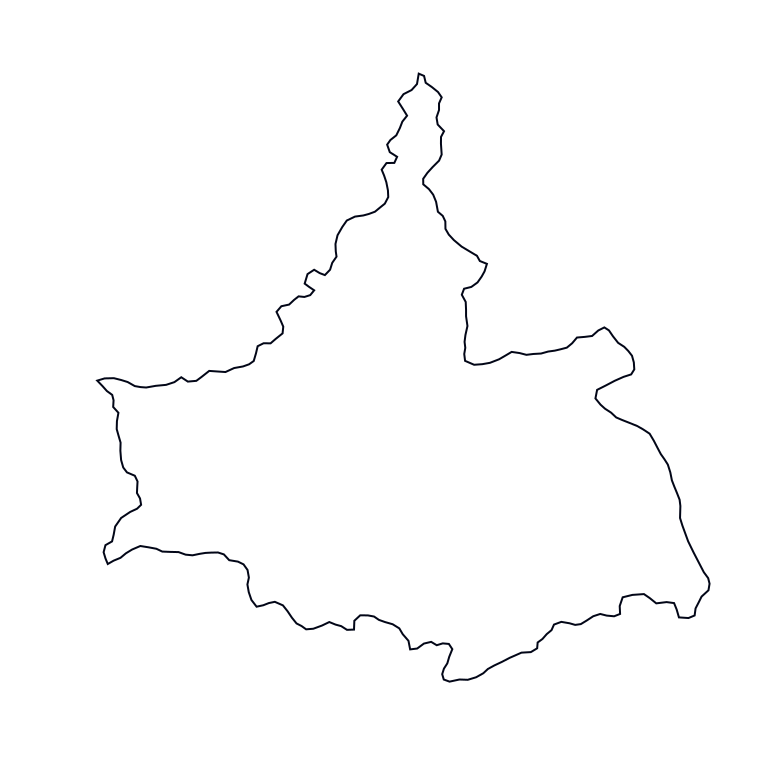 outline of Sete Lagoas, Minas Gerais, Brazil, rotated 83°
{"feature_id": "56859067B67283599101472", "entity_name": "Sete Lagoas", "entity_type": "district", "adm_level": 2, "iso_a3": "BRA", "parent_name": "Brazil", "parent_adm1": "Minas Gerais", "projection": "orthographic", "projection_center": [-44.272, -19.446], "detail": "fine", "context": "isolated", "style": "outline", "palette": "ink", "viewbox_px": 768, "rotation_deg": 83, "n_neighbors": 0, "source": "geoboundaries", "source_scale": "gbopen_adm2", "svg_char_len": 4087}
<svg xmlns="http://www.w3.org/2000/svg" viewBox="0 0 768 768"><g transform="rotate(83 384 384)"><path d="M424.1,175.9L415.8,173.2L412.5,164.0L408.9,154.5L406.1,145.3L404.6,137.5L400.0,133.8L393.0,133.4L386.2,134.4L381.0,137.5L376.4,141.0L371.7,146.6L364.6,150.9L358.2,154.2L354.7,158.4L357.0,164.8L361.7,171.6L361.7,179.0L361.4,186.8L366.5,192.3L370.2,198.1L371.1,204.8L371.7,210.4L371.8,217.1L372.9,224.4L372.4,232.1L372.4,239.1L369.8,245.7L367.7,253.4L370.3,259.3L373.5,266.8L375.9,276.3L376.3,284.1L375.9,292.2L370.9,300.7L364.0,300.7L358.0,298.9L352.0,298.9L345.3,297.2L336.6,294.1L326.8,294.3L320.2,293.5L312.5,292.9L304.9,295.9L299.2,292.9L298.3,285.5L294.6,278.8L289.3,274.0L284.5,270.5L277.3,267.2L273.6,273.9L268.1,276.1L263.2,282.4L257.1,290.2L249.7,297.1L243.6,301.5L237.5,304.1L230.1,303.3L224.3,305.2L219.6,309.5L209.5,310.1L202.1,312.1L196.1,315.6L190.6,320.7L185.1,320.1L179.7,315.2L174.7,309.4L169.0,302.1L163.3,298.8L158.0,298.5L152.5,298.2L145.7,297.3L140.4,293.6L133.0,299.1L125.8,299.4L118.8,296.0L112.2,295.2L106.5,291.8L100.8,294.8L95.3,300.1L90.1,305.9L83.1,306.7L80.2,311.7L90.3,314.7L95.6,320.8L98.7,329.3L105.3,335.5L113.7,331.5L120.5,328.4L125.8,333.8L131.8,337.0L138.7,341.5L142.6,347.9L146.8,351.7L154.6,350.0L160.1,343.3L165.8,346.8L165.0,354.6L171.0,360.2L177.1,358.5L184.0,357.1L192.3,356.5L199.0,357.0L205.1,361.2L208.4,366.5L211.9,372.0L213.4,378.4L214.2,384.0L214.3,392.4L217.2,401.0L223.0,406.2L230.7,412.0L239.1,415.1L246.5,415.7L251.8,415.6L257.4,420.6L264.0,423.6L268.7,429.4L266.1,434.3L262.1,439.4L265.6,446.5L274.7,450.5L278.5,446.5L282.5,441.9L286.8,446.4L287.9,452.4L286.6,458.1L289.5,462.9L293.6,468.5L294.3,476.4L299.3,481.9L308.3,478.9L314.8,477.0L321.4,478.5L326.1,486.1L329.8,491.6L328.9,498.6L331.1,504.8L337.9,507.3L345.3,510.5L348.0,515.5L349.4,521.8L349.9,530.8L352.8,539.9L351.1,548.7L349.7,555.9L354.8,564.3L358.0,569.9L357.7,578.4L352.6,584.4L356.6,591.8L358.3,600.4L358.0,610.7L358.5,620.5L357.4,626.0L355.7,631.6L350.8,638.2L348.0,644.4L345.3,651.4L344.4,660.6L345.7,668.2L351.7,663.7L357.2,659.9L361.7,655.1L367.2,654.4L373.8,655.6L380.2,651.1L388.3,653.6L396.2,654.8L402.8,653.8L410.1,652.6L418.1,653.8L427.4,654.2L435.1,653.0L440.4,649.9L444.7,642.5L450.7,640.5L456.2,641.5L462.1,642.5L467.9,640.1L474.3,639.8L477.7,644.3L480.0,651.4L484.9,661.2L492.7,668.2L500.7,670.7L507.1,673.1L510.0,680.1L516.8,682.8L523.2,681.7L529.0,680.1L526.4,673.9L524.4,666.7L520.6,660.8L517.6,654.2L515.1,645.6L517.4,637.6L519.8,630.0L523.3,624.5L524.6,616.6L525.8,608.4L529.2,601.7L530.7,594.9L530.1,587.5L529.9,581.8L530.3,576.0L531.0,569.3L533.6,563.7L540.0,559.1L542.5,550.6L545.9,545.4L552.0,542.1L559.7,541.7L566.3,544.0L574.1,543.6L582.2,541.9L589.5,537.6L588.9,530.8L587.4,525.0L586.9,518.9L591.4,511.3L597.8,507.4L604.7,503.9L611.0,500.0L614.2,495.3L618.0,491.2L618.3,484.0L616.2,475.0L613.6,467.3L616.9,461.4L619.1,456.0L623.5,450.7L624.1,443.7L615.4,442.3L610.7,435.8L611.7,428.2L613.6,422.2L617.5,417.8L620.4,412.0L623.5,404.7L628.4,398.6L634.6,395.9L641.9,391.0L650.6,390.4L650.6,383.3L646.5,376.0L645.7,368.6L649.7,363.5L648.6,357.3L649.9,351.3L655.5,348.5L662.7,352.5L669.0,355.2L673.8,359.2L679.1,361.6L684.6,360.7L687.4,355.2L686.5,345.1L687.8,336.9L686.3,328.3L683.2,320.7L679.5,315.6L676.8,308.8L674.2,300.9L671.1,292.6L669.4,286.9L667.4,280.3L668.0,270.9L665.0,264.2L659.3,263.0L656.4,257.8L652.1,253.0L648.7,247.7L643.5,244.6L641.7,237.0L644.1,229.0L646.4,223.6L646.3,217.9L643.5,211.7L640.0,204.6L638.6,197.4L641.0,191.2L642.6,183.9L641.0,177.7L633.1,177.1L624.8,173.1L623.6,163.1L624.2,151.6L628.9,146.3L634.9,140.5L634.9,130.1L636.8,122.8L643.5,121.0L651.6,119.7L653.4,110.3L651.6,103.9L644.7,102.1L638.4,97.8L633.7,94.7L628.3,87.1L621.9,85.2L616.2,85.9L609.8,89.5L589.1,97.2L577.2,101.3L560.8,105.1L553.1,106.5L541.2,104.7L534.9,104.7L527.9,106.5L521.4,108.3L514.7,110.0L506.6,110.6L498.6,112.1L492.9,114.8L487.3,117.8L481.0,120.2L473.2,123.1L465.7,126.4L460.5,132.5L456.5,137.9L452.4,145.3L448.7,152.1L445.5,157.6L440.1,162.1L435.5,167.6L430.9,171.6L424.1,175.9Z" fill="none" stroke="#020617" stroke-width="2"/></g></svg>